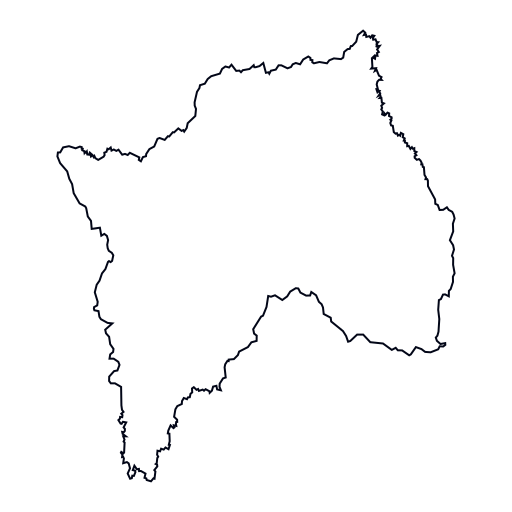 Phop Phra, Tak, Thailand
{"feature_id": "78962969B25324759841331", "entity_name": "Phop Phra", "entity_type": "district", "adm_level": 2, "iso_a3": "THA", "parent_name": "Thailand", "parent_adm1": "Tak", "projection": "equal_earth", "projection_center": [98.788, 16.455], "detail": "fine", "context": "isolated", "style": "outline", "palette": "ink", "viewbox_px": 512, "rotation_deg": 0, "n_neighbors": 0, "source": "geoboundaries", "source_scale": "gbopen_adm2", "svg_char_len": 5974}
<svg xmlns="http://www.w3.org/2000/svg" viewBox="0 0 512 512"><path d="M448.8,296.3L448.9,290.9L450.7,289.0L453.0,281.9L452.9,276.7L454.6,273.3L453.1,264.8L453.2,258.1L452.0,255.8L454.0,249.5L453.1,245.2L449.9,240.2L453.2,231.4L452.9,223.7L454.6,218.5L453.6,214.6L452.2,211.8L448.7,209.9L446.9,207.3L443.2,209.8L439.6,210.0L437.8,205.0L435.3,203.8L435.1,199.4L428.0,186.2L427.9,180.7L427.2,179.1L425.5,179.1L426.0,177.4L424.5,174.9L423.9,167.2L422.8,166.9L422.4,164.3L421.3,164.3L421.6,162.7L420.5,160.6L419.0,159.1L416.8,159.8L414.7,157.8L414.6,156.3L416.4,155.2L414.9,153.5L416.5,152.0L414.3,151.0L414.3,148.2L412.8,148.7L411.9,147.2L410.4,148.9L408.8,145.9L407.2,146.2L407.2,143.2L404.9,142.5L404.9,140.7L403.8,140.6L404.7,138.4L402.7,137.2L403.3,134.2L400.9,132.9L400.2,135.7L399.0,134.8L397.9,135.6L396.9,133.2L395.6,133.7L393.8,132.1L392.8,125.8L391.1,125.4L390.3,123.0L391.4,120.4L390.4,119.7L391.6,118.6L391.6,117.3L389.0,116.0L389.2,113.4L387.5,112.6L385.6,114.8L384.5,113.4L384.1,115.3L382.1,114.4L382.8,111.5L381.3,109.4L382.1,107.9L381.3,105.7L383.9,103.4L381.9,102.6L381.4,97.9L379.7,98.0L380.7,96.8L380.2,94.9L378.6,95.7L380.2,93.3L379.1,91.9L379.7,90.9L378.5,90.6L377.4,92.1L376.4,89.1L377.8,88.9L376.7,84.4L377.4,81.6L379.1,79.8L381.6,79.9L380.7,78.9L381.5,77.1L379.0,75.7L376.6,69.9L374.9,70.9L376.0,68.2L371.2,68.6L372.4,66.9L371.9,58.2L373.7,56.5L373.5,58.0L375.0,58.8L375.5,55.5L377.5,55.8L377.0,53.0L378.8,52.0L377.1,49.5L379.7,45.9L375.8,46.7L377.5,45.3L376.5,44.1L378.2,42.2L376.6,42.0L375.5,39.3L373.2,39.7L372.9,37.9L374.3,35.8L372.2,35.3L370.5,37.7L369.3,36.2L366.3,36.9L366.0,34.6L363.9,35.0L365.2,32.6L363.1,30.7L357.9,34.9L356.2,41.7L352.2,46.0L350.8,46.1L349.7,48.9L347.6,49.1L344.2,51.9L343.2,57.6L341.0,59.1L333.9,58.4L329.3,60.3L327.0,63.3L319.4,62.0L313.9,63.3L312.3,62.3L312.4,60.1L310.5,59.9L310.4,57.9L308.3,56.5L303.2,59.5L300.1,64.3L295.8,63.0L292.7,64.3L291.0,67.0L287.5,68.3L281.3,65.3L278.6,65.3L275.8,69.6L270.9,70.7L269.3,73.7L268.6,72.3L265.9,72.8L263.3,63.0L259.5,66.1L255.7,67.2L254.3,67.2L253.7,65.2L249.5,69.0L242.8,70.2L241.0,72.2L239.4,70.6L236.2,70.9L231.5,64.7L229.1,67.5L225.4,66.5L222.1,68.9L219.9,73.6L211.2,76.2L207.7,79.0L204.8,83.7L200.0,85.2L199.4,88.1L197.0,91.8L194.6,102.3L194.7,105.6L196.0,108.9L195.3,116.0L187.7,123.2L186.7,128.0L184.2,131.6L183.3,130.1L181.6,130.9L178.3,128.4L174.1,132.4L172.8,132.2L169.2,136.5L167.9,136.2L164.7,139.9L159.6,138.0L157.5,138.8L154.2,146.5L149.4,149.1L146.2,154.0L146.0,156.2L142.9,157.1L140.9,161.3L138.8,159.9L139.3,157.4L129.8,152.8L127.7,155.0L125.0,153.9L122.2,154.7L118.5,149.7L116.3,150.9L113.8,149.5L111.5,150.6L110.7,147.5L108.6,149.3L107.4,148.7L106.5,151.8L104.3,152.7L104.6,155.1L103.6,156.7L98.2,159.9L95.4,158.2L94.4,156.0L93.7,157.1L92.6,155.2L91.0,156.5L90.6,154.9L91.4,154.1L89.8,152.6L89.0,154.7L87.3,154.5L86.8,151.5L85.4,153.4L85.8,151.0L84.5,152.9L84.2,151.1L82.3,150.3L82.7,148.8L81.7,148.7L81.7,147.1L79.9,146.6L75.6,148.3L69.0,146.2L63.1,147.4L60.2,152.4L57.9,152.5L57.4,156.4L60.1,163.1L67.2,171.4L69.3,178.8L72.1,184.1L73.7,193.2L79.6,203.4L85.3,206.5L86.2,208.2L87.8,216.5L91.0,220.9L91.7,228.9L99.9,227.7L101.3,235.7L104.3,233.9L106.9,235.9L108.1,240.1L107.2,244.7L107.7,248.2L108.8,250.8L111.8,252.8L113.3,255.3L112.1,260.9L110.6,262.1L109.0,261.1L108.0,261.9L105.4,269.1L102.0,273.4L99.5,280.7L96.7,284.7L94.8,292.3L97.7,301.8L97.2,305.4L94.1,307.1L93.9,308.8L94.4,310.3L98.5,311.1L99.4,316.8L100.9,319.2L107.6,322.9L112.3,323.4L105.2,329.7L106.0,333.3L109.1,336.8L110.2,344.2L113.5,348.9L113.1,352.0L110.2,354.4L109.5,358.7L113.7,358.7L118.3,361.8L119.5,364.9L117.4,370.5L114.1,371.1L109.2,376.6L109.1,381.0L110.8,383.3L114.9,383.3L121.1,386.9L121.4,405.4L122.0,409.8L123.5,411.9L121.3,413.7L122.5,415.1L122.2,417.2L120.1,416.9L119.9,418.7L118.4,420.1L120.6,423.6L121.6,423.8L122.9,421.8L126.2,422.4L123.6,427.4L124.9,428.9L124.8,431.0L123.8,432.2L122.2,431.9L122.6,433.8L125.8,436.3L123.2,436.3L124.5,439.6L123.6,441.6L124.6,442.5L124.1,452.6L123.4,453.3L121.3,451.9L120.9,452.7L122.4,454.6L122.1,457.0L123.1,456.7L123.9,458.5L123.2,463.2L126.9,462.1L128.7,463.4L130.0,468.3L127.7,473.5L130.1,478.7L131.8,478.2L132.3,475.7L133.9,475.9L135.4,472.2L135.1,470.7L132.8,470.1L134.4,465.7L136.9,469.3L138.9,468.9L139.1,471.1L140.9,471.0L145.5,473.6L144.5,477.8L146.3,478.4L146.7,480.0L151.0,481.3L153.5,478.3L154.5,478.7L155.4,471.5L154.3,470.1L157.3,466.4L157.1,464.7L155.8,464.0L156.7,463.3L157.3,458.0L158.2,456.7L157.1,454.7L157.5,450.7L160.1,451.3L161.1,448.7L163.7,449.6L165.5,447.5L168.5,449.2L169.9,445.0L168.8,444.8L169.7,441.2L169.4,433.7L167.8,433.4L168.3,430.6L170.6,425.4L173.5,428.1L174.5,427.3L173.9,425.3L176.3,425.9L175.9,423.8L176.2,422.0L177.2,421.9L177.1,419.7L174.1,416.8L175.4,409.3L177.3,406.1L181.8,404.0L182.0,401.1L183.8,398.0L187.0,399.2L187.9,397.4L189.8,397.2L190.5,393.8L192.2,392.4L192.0,388.5L193.8,387.2L196.5,389.8L198.1,389.0L198.9,390.9L202.7,389.6L204.0,390.7L205.6,389.2L209.5,391.3L209.7,392.8L211.9,390.7L213.1,386.6L216.4,385.8L217.1,389.4L220.9,390.3L219.5,386.8L219.7,383.6L223.0,378.4L225.7,377.5L224.6,367.3L225.2,364.3L227.4,360.9L228.6,361.1L228.7,359.6L233.9,359.1L237.9,355.1L239.1,351.6L247.9,347.1L251.4,342.3L256.6,340.9L256.7,335.6L254.1,333.6L253.2,329.2L261.1,316.6L263.0,315.7L266.5,307.0L268.2,296.0L271.0,296.7L275.0,295.3L282.3,300.0L287.2,296.4L290.2,291.6L295.8,288.2L298.3,288.5L300.4,292.6L306.1,295.6L310.1,295.5L311.3,292.0L316.1,295.3L318.9,301.8L321.6,304.2L323.0,307.5L323.7,314.0L330.7,317.7L331.2,321.5L343.0,331.1L346.1,336.0L348.1,341.7L350.3,341.0L357.1,334.6L363.2,334.6L370.3,342.2L383.0,343.5L391.8,349.9L395.7,347.8L397.8,350.3L402.1,350.4L409.2,355.3L410.8,354.4L415.9,347.1L421.5,349.1L425.1,351.9L430.6,352.3L438.2,349.3L439.7,346.3L443.2,346.5L445.3,344.9L445.2,343.1L440.5,344.0L436.9,340.8L435.8,337.6L437.4,335.7L438.5,331.7L439.3,319.1L438.2,309.8L438.9,300.1L440.9,299.1L443.0,294.6L445.1,294.4L448.8,296.3Z" fill="none" stroke="#020617" stroke-width="2"/></svg>